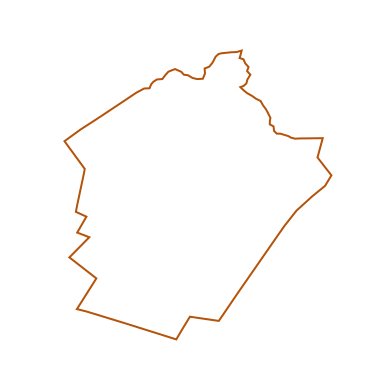 Monsenhor Gil, Piauí, Brazil, rotated 280°
{"feature_id": "56859067B91123658252289", "entity_name": "Monsenhor Gil", "entity_type": "district", "adm_level": 2, "iso_a3": "BRA", "parent_name": "Brazil", "parent_adm1": "Piauí", "projection": "natural_earth1", "projection_center": [-42.544, -5.616], "detail": "fine", "context": "isolated", "style": "outline", "palette": "amber", "viewbox_px": 384, "rotation_deg": 280, "n_neighbors": 0, "source": "geoboundaries", "source_scale": "gbopen_adm2", "svg_char_len": 1270}
<svg xmlns="http://www.w3.org/2000/svg" viewBox="0 0 384 384"><g transform="rotate(280 192 192)"><path d="M267.7,311.4L263.3,288.0L262.4,284.3L262.7,280.1L263.8,277.1L264.8,268.8L264.2,265.3L266.4,262.2L270.8,260.9L272.1,256.9L275.0,256.4L278.7,256.3L284.4,252.0L286.8,250.0L289.7,246.9L293.5,243.8L295.0,238.7L297.0,234.6L299.0,228.9L301.9,224.0L303.7,221.4L305.4,224.4L308.4,226.7L312.3,227.0L315.1,228.1L317.7,229.1L320.7,225.2L324.9,226.0L327.9,222.1L331.6,219.7L332.2,215.6L335.3,216.0L339.9,216.3L337.6,211.7L336.3,205.9L335.0,201.4L333.8,197.1L332.5,194.2L329.4,191.8L322.8,189.7L318.4,187.2L315.8,183.0L311.0,184.2L305.4,183.0L304.1,177.4L304.4,172.7L306.3,167.7L306.1,163.6L308.5,160.6L310.1,154.0L308.5,151.2L306.3,147.8L301.9,145.1L298.1,143.2L296.7,137.8L293.7,134.7L291.0,133.1L286.8,132.2L285.6,126.9L280.2,120.0L266.5,105.7L247.3,85.5L234.0,71.2L219.9,57.6L196.1,82.4L190.5,82.3L159.3,81.2L152.3,81.1L150.8,86.8L149.4,92.3L132.1,86.0L129.6,98.7L106.3,82.6L90.3,112.8L84.2,110.3L75.4,106.7L56.7,99.0L56.0,108.9L51.2,148.0L44.1,202.1L55.8,206.5L68.8,211.6L69.7,240.8L98.8,253.9L111.0,259.5L157.6,281.0L174.6,288.9L191.9,298.2L208.8,311.3L221.2,322.0L232.6,326.4L247.8,309.6L258.8,310.6L267.7,311.4Z" fill="none" stroke="#b45309" stroke-width="2"/></g></svg>